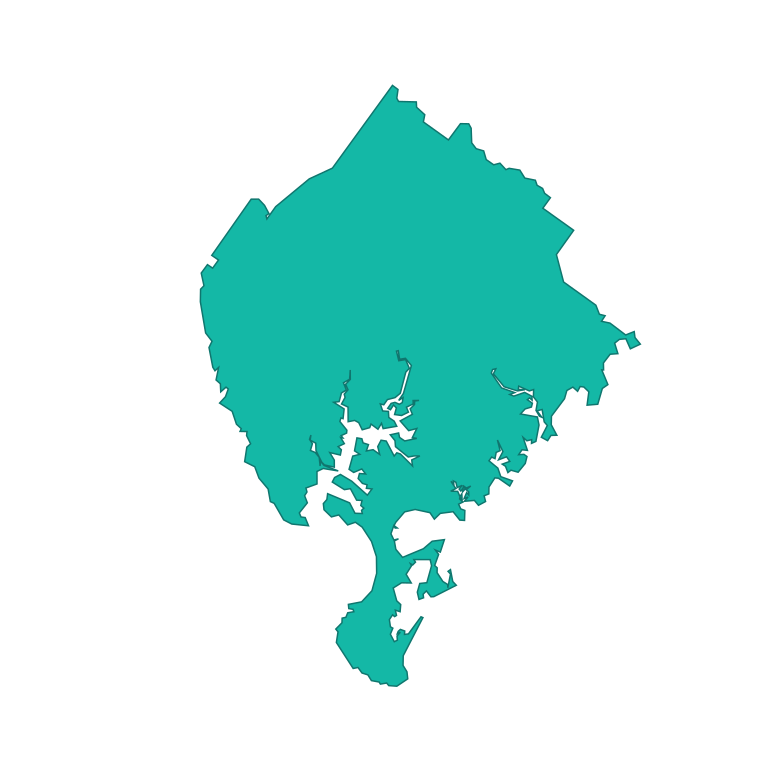 the district of Sutherland, New South Wales, Australia, rotated 116°
{"feature_id": "25037944B61744382554137", "entity_name": "Sutherland", "entity_type": "district", "adm_level": 2, "iso_a3": "AUS", "parent_name": "Australia", "parent_adm1": "New South Wales", "projection": "orthographic", "projection_center": [151.117, -34.072], "detail": "fine", "context": "isolated", "style": "filled", "palette": "teal", "viewbox_px": 768, "rotation_deg": 116, "n_neighbors": 0, "source": "geoboundaries", "source_scale": "gbopen_adm2", "svg_char_len": 6171}
<svg xmlns="http://www.w3.org/2000/svg" viewBox="0 0 768 768"><g transform="rotate(116 384 384)"><path d="M111.9,507.3L212.6,525.0L232.4,541.1L272.1,559.1L287.0,561.6L284.4,563.9L281.3,562.1L275.8,569.7L272.8,577.7L276.1,584.4L343.9,595.2L345.1,587.1L355.0,588.8L354.1,595.0L364.4,596.9L374.6,588.9L379.2,590.4L390.6,585.1L416.3,566.7L421.0,557.3L427.9,557.3L444.0,545.2L446.2,541.7L441.6,539.9L454.0,536.7L455.5,531.2L462.6,527.3L456.1,524.6L456.7,521.8L464.9,520.9L473.2,523.4L475.1,508.5L484.8,499.0L486.7,492.7L489.7,492.6L486.8,486.3L490.6,484.9L496.2,477.7L500.9,479.6L514.9,475.2L515.0,463.9L523.4,455.1L529.2,442.1L539.5,434.6L539.4,430.4L550.1,414.6L550.3,405.5L544.5,389.7L538.6,396.3L539.9,400.3L537.0,403.6L524.4,400.8L519.2,406.4L514.8,405.9L511.7,408.6L503.2,400.4L492.0,405.9L486.6,401.6L482.2,387.0L483.5,402.3L481.1,407.2L485.7,405.5L478.3,410.1L475.7,415.8L476.0,421.0L469.0,422.2L466.4,426.7L461.9,427.3L466.8,425.8L467.1,419.4L473.7,415.9L481.6,405.6L482.8,402.0L480.5,392.2L474.2,395.3L469.4,402.7L467.0,392.1L461.8,393.5L460.4,397.8L455.0,393.5L451.1,399.5L450.5,397.3L449.2,399.9L444.5,396.1L441.8,397.1L437.0,407.3L433.4,407.8L433.1,405.6L423.9,408.9L422.5,421.2L419.5,416.6L410.7,418.3L405.9,415.2L400.7,421.0L394.8,417.0L386.2,420.5L394.6,416.3L401.1,418.4L405.0,413.8L410.6,415.3L413.1,413.1L420.6,413.4L420.5,406.2L433.6,399.7L429.6,394.4L429.8,389.8L434.7,383.5L429.5,377.7L425.7,378.1L427.3,369.6L420.4,369.0L424.5,365.2L416.4,354.0L412.9,358.6L412.0,365.0L406.7,368.0L408.8,373.4L403.5,378.6L402.8,375.1L396.5,374.1L391.4,368.1L385.2,365.3L363.8,369.6L358.8,368.1L352.6,375.3L356.6,380.9L349.0,387.2L347.8,385.8L354.9,380.8L351.5,376.0L355.4,367.5L384.0,362.4L392.3,363.6L387.9,360.9L392.7,359.4L395.5,361.4L395.7,366.1L398.3,369.1L404.2,370.0L404.3,366.9L398.7,366.2L400.1,362.4L406.8,361.1L404.6,354.4L398.6,349.7L395.0,353.7L389.1,349.0L386.1,350.6L383.4,345.3L385.8,349.0L389.0,347.6L394.9,349.6L398.8,345.2L410.1,353.3L415.1,341.4L409.6,335.0L419.8,335.0L418.5,330.7L426.1,340.4L425.2,346.6L421.6,349.4L426.9,356.1L430.1,349.3L435.3,346.2L439.0,330.2L435.3,325.2L433.0,320.2L440.1,325.8L445.2,322.4L439.7,338.6L440.2,342.3L444.3,343.3L434.3,357.0L435.8,362.0L443.0,362.2L449.2,357.0L447.8,365.0L451.9,370.5L445.3,371.4L446.1,377.0L442.9,379.9L444.3,384.7L457.0,381.2L457.8,374.9L462.5,380.5L476.0,378.0L476.8,372.5L470.1,366.7L472.9,361.1L475.2,366.8L480.3,365.8L482.8,359.8L482.0,355.0L485.5,354.1L483.6,348.8L491.2,350.2L485.5,370.4L484.4,383.5L489.7,387.4L494.8,387.5L496.3,373.3L492.8,368.3L500.4,357.7L498.3,352.7L503.4,351.6L504.4,347.7L507.4,348.8L509.9,346.7L512.9,353.4L505.9,362.8L507.3,386.6L512.9,384.7L518.1,386.1L523.3,382.8L526.5,373.0L521.5,367.2L526.6,354.9L520.8,349.1L522.2,340.9L531.0,326.2L542.5,315.1L557.4,307.6L575.1,304.2L589.6,308.6L597.7,319.4L601.3,317.2L600.1,313.0L601.9,311.3L605.5,316.3L610.4,316.0L612.8,319.0L617.0,317.1L625.4,319.9L626.9,316.7L637.2,313.5L653.2,287.0L650.2,283.1L653.4,277.1L652.5,271.0L656.1,265.3L654.0,257.7L655.3,255.7L651.6,250.5L653.0,247.5L650.0,240.0L638.6,233.4L632.6,237.2L628.6,243.5L619.8,247.6L576.9,246.6L577.0,248.7L597.9,252.5L600.1,255.8L596.9,257.1L597.4,261.7L600.1,262.8L602.5,262.6L599.9,260.5L604.8,261.8L608.4,259.7L611.1,261.8L606.1,268.6L599.6,269.0L599.4,271.8L593.4,275.9L587.7,275.1L588.4,272.5L586.5,271.3L582.3,274.7L581.6,269.7L574.9,272.3L573.3,277.5L563.3,286.3L555.0,281.1L550.9,272.3L545.3,280.7L535.4,279.6L533.9,281.5L534.1,278.9L530.3,277.6L528.7,280.2L521.6,265.5L526.5,261.6L543.8,258.4L547.6,264.4L556.5,262.8L562.3,258.1L558.8,254.7L555.8,256.7L551.4,255.2L554.7,248.5L553.3,246.0L533.2,230.8L531.4,235.6L521.7,242.9L524.3,244.3L525.7,240.9L539.2,237.3L536.3,238.9L535.7,244.5L530.3,253.6L525.9,255.6L524.9,258.9L513.2,260.2L510.7,265.1L510.4,259.7L497.4,261.5L504.2,271.8L514.8,276.4L531.7,291.3L527.4,300.9L520.5,305.9L516.8,303.1L519.9,306.7L515.6,312.1L507.1,313.1L508.6,310.8L507.6,309.0L506.9,312.9L503.1,312.8L489.9,309.4L483.1,301.0L479.5,286.3L483.4,279.5L475.6,276.7L468.5,265.9L473.1,256.2L471.3,251.8L462.2,255.9L462.6,260.3L459.3,264.3L455.6,261.4L454.2,265.7L452.3,266.2L453.8,263.1L448.6,265.9L451.9,266.4L448.2,270.7L451.1,277.1L446.5,273.6L442.1,281.2L443.1,277.6L440.7,279.2L440.8,276.3L445.0,272.8L440.8,269.3L445.5,270.4L446.5,268.0L442.7,267.4L446.3,266.0L442.7,265.0L440.6,268.7L441.4,264.4L437.7,261.3L443.0,263.7L443.8,260.6L446.6,259.2L445.3,262.1L451.9,261.8L448.7,258.9L454.2,260.4L449.0,251.7L451.6,245.9L445.1,241.2L440.6,245.0L436.8,241.6L430.6,244.5L419.8,243.2L418.5,239.8L420.6,226.3L414.7,226.0L416.1,238.4L409.7,244.8L407.0,256.0L402.5,255.2L402.4,251.5L396.3,253.2L393.0,250.4L384.6,257.5L392.6,247.5L401.9,247.8L395.7,241.9L398.4,237.0L404.2,242.6L404.7,238.7L409.3,233.8L405.8,232.1L404.5,224.8L393.5,222.2L386.5,223.7L385.9,227.4L388.5,232.0L382.6,231.1L380.8,226.0L371.0,235.6L372.4,230.7L369.3,226.9L372.7,225.4L369.0,222.3L352.9,226.7L346.4,231.7L351.1,248.2L344.5,246.2L340.1,241.4L336.2,242.2L335.3,248.3L332.7,247.1L333.6,243.8L330.2,245.7L329.9,253.9L338.0,262.0L338.3,266.4L334.4,262.7L336.0,276.6L327.2,292.3L323.4,292.8L321.3,290.2L326.9,290.1L333.8,274.8L331.7,261.0L327.4,254.9L330.0,260.9L326.9,262.0L326.5,250.3L323.4,247.1L330.0,244.1L332.9,238.2L341.1,235.8L344.8,230.2L344.7,227.6L341.0,234.7L337.6,230.7L347.8,223.4L349.7,219.0L362.9,219.3L363.2,212.1L357.0,211.4L354.3,206.2L347.3,215.8L339.5,219.4L318.1,215.3L309.7,216.8L304.0,212.9L305.7,206.8L300.3,206.6L299.1,203.1L301.2,196.5L314.0,192.2L308.5,183.0L292.3,185.8L286.4,182.5L275.8,194.5L275.1,192.8L268.9,196.0L258.1,193.8L254.2,187.1L246.2,194.6L240.7,192.0L237.3,186.4L244.4,178.0L235.8,171.1L232.2,178.8L227.2,182.1L234.0,188.3L230.2,207.6L232.3,216.0L225.7,215.2L226.9,221.0L220.3,228.1L213.6,267.3L192.1,285.8L162.7,280.9L156.4,318.3L143.6,316.1L142.2,323.2L138.7,327.2L138.3,333.5L134.5,337.3L137.2,347.7L132.2,355.7L135.3,366.1L137.9,368.4L134.7,376.6L138.9,381.5L137.5,390.5L130.8,396.6L132.1,404.3L128.8,410.9L115.9,417.8L113.0,421.9L116.5,429.4L136.4,433.1L131.2,463.5L124.1,465.4L121.0,476.0L116.3,478.6L123.7,494.8L121.5,497.8L113.2,500.5L111.9,507.3Z" fill="#14b8a6" stroke="#0f766e" stroke-width="1.5"/></g></svg>